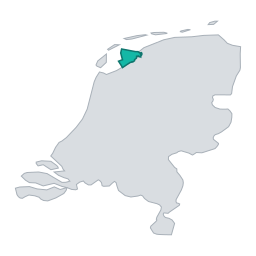 location of Harlingen, Netherlands
{"feature_id": "6326949B40723251176643", "entity_name": "Harlingen", "entity_type": "district", "adm_level": 2, "iso_a3": "NLD", "parent_name": "Netherlands", "parent_adm1": "", "projection": "robinson", "projection_center": [5.441, 53.126], "detail": "fine", "context": "in_parent", "style": "filled", "palette": "teal", "viewbox_px": 256, "rotation_deg": 0, "n_neighbors": 0, "source": "geoboundaries", "source_scale": "gbopen_adm2", "svg_char_len": 4114}
<svg xmlns="http://www.w3.org/2000/svg" viewBox="0 0 256 256"><path d="M171.4,234.8L165.4,234.7L159.7,234.5L156.7,234.2L153.6,233.0L152.1,230.7L150.4,227.9L150.8,226.2L156.1,221.3L156.9,220.0L156.3,219.3L156.9,217.1L160.9,209.9L161.4,207.0L159.6,204.9L157.0,203.7L148.5,201.5L144.5,198.5L142.6,195.9L140.7,195.1L138.0,196.0L130.9,197.0L125.2,195.6L118.5,190.5L117.0,186.1L116.1,182.6L114.5,181.4L112.2,183.2L109.3,186.0L103.7,186.3L102.1,185.7L101.8,184.1L101.5,182.6L99.9,180.8L98.3,179.8L91.1,184.9L88.4,184.9L85.0,182.9L83.4,181.0L79.7,182.1L76.4,184.5L77.5,189.0L75.7,189.8L71.6,189.4L67.0,187.6L61.9,186.4L54.1,183.3L43.2,185.9L35.7,182.9L29.4,182.6L25.5,180.2L21.3,176.1L24.3,173.4L27.2,172.5L38.7,172.0L47.1,173.6L62.0,182.4L65.8,182.3L69.9,181.2L67.9,178.8L64.1,177.7L58.5,175.3L54.1,172.0L64.6,170.9L63.1,169.2L61.8,166.3L50.8,156.0L52.7,153.3L55.6,147.3L59.1,142.4L61.8,141.1L66.4,137.6L76.2,127.3L82.5,119.0L87.2,109.1L94.2,81.8L96.2,77.2L99.5,72.0L103.6,73.0L106.4,74.5L116.5,70.6L133.8,60.5L138.9,51.7L143.9,47.7L163.7,39.8L174.7,37.4L191.6,36.8L203.8,35.4L218.4,34.9L224.0,39.8L227.3,43.3L232.5,45.3L240.6,46.7L240.2,53.7L240.4,67.7L239.9,70.2L236.3,76.0L232.5,86.6L231.6,93.6L230.4,94.9L215.0,94.8L212.8,96.0L212.5,97.6L213.3,99.3L212.9,101.1L211.7,102.6L212.4,104.9L215.1,107.5L220.0,109.1L225.2,109.2L227.9,109.0L229.9,110.8L231.9,113.7L231.8,117.3L231.0,122.2L228.6,126.7L221.5,131.9L218.3,133.7L215.3,134.6L213.9,136.0L213.2,137.7L213.4,139.3L218.5,143.4L218.4,144.4L216.9,146.6L215.0,148.6L201.9,152.8L196.4,152.5L193.3,154.6L192.4,155.0L188.9,153.1L181.2,150.8L178.3,151.6L176.7,152.8L171.9,154.3L168.5,156.6L168.4,159.6L174.6,167.4L176.8,168.9L176.9,171.8L179.9,175.4L182.9,180.0L183.3,182.8L182.9,185.8L181.4,189.9L176.1,199.6L176.0,201.5L176.5,202.9L178.3,203.3L179.7,204.0L179.3,205.3L169.4,212.1L168.1,213.3L163.9,212.9L163.2,214.0L163.8,215.9L165.4,217.5L169.0,218.3L172.1,220.0L174.6,223.4L171.4,234.8ZM67.0,187.6L66.1,190.4L63.8,193.5L55.9,197.9L47.8,200.9L43.6,200.5L40.7,199.0L39.2,197.3L34.8,195.8L28.9,195.0L25.1,196.7L22.4,198.3L20.1,198.0L18.4,196.7L17.0,194.7L15.4,188.2L19.8,187.0L29.5,186.6L37.0,188.9L46.8,189.9L54.3,186.9L60.2,189.5L67.0,187.6ZM50.9,161.3L56.6,165.4L57.8,166.7L58.3,168.1L50.9,169.7L43.2,164.7L38.1,165.9L36.2,163.5L36.2,162.1L41.5,160.8L50.9,161.3ZM106.3,62.4L100.6,67.7L97.0,66.2L96.0,65.0L97.8,60.9L106.4,54.0L106.3,62.4ZM131.9,39.0L126.5,39.6L124.1,38.5L137.1,35.6L145.4,34.7L146.8,35.1L131.9,39.0ZM166.9,33.5L155.5,34.8L151.6,33.8L151.0,33.0L154.1,32.5L163.9,32.3L166.9,33.1L166.9,33.5ZM119.3,44.8L108.6,50.2L107.6,49.3L114.6,44.6L119.3,44.8ZM213.6,24.4L208.2,24.6L209.7,22.6L214.7,21.2L217.4,21.2L213.6,24.4ZM190.4,29.7L182.3,32.2L180.3,31.7L180.8,31.0L187.9,29.4L190.4,29.7Z" fill="#d9dde1" stroke="#a8b0b8" stroke-width="1"/><path d="M122.5,67.6L124.7,66.1L124.8,66.0L125.2,65.8L126.3,65.0L129.7,62.8L129.9,62.6L130.0,62.6L130.3,62.4L130.5,62.4L131.9,62.1L131.8,61.8L132.0,61.7L132.3,61.7L132.4,61.8L132.5,61.9L132.6,62.0L132.8,61.9L133.0,61.9L133.2,61.7L134.6,60.7L134.6,59.6L136.4,58.3L136.6,56.3L136.9,56.4L137.0,56.4L137.3,56.4L137.5,56.2L137.6,56.3L137.8,56.3L138.0,56.2L138.0,56.3L138.2,56.2L138.3,56.2L138.3,56.3L138.3,56.2L138.3,56.3L138.5,56.3L138.7,56.5L138.8,56.5L138.8,56.4L139.1,56.5L139.3,56.5L139.5,56.7L139.8,56.7L139.9,56.8L140.0,56.9L140.1,57.0L140.3,57.0L140.3,56.9L140.4,56.7L140.5,56.7L140.4,56.7L140.5,56.6L140.6,56.4L140.7,56.5L140.7,56.4L140.8,56.3L140.8,56.2L140.9,55.9L141.0,55.9L141.1,55.7L141.3,55.4L141.2,55.4L141.2,55.2L141.3,55.0L141.4,54.9L141.5,54.9L141.7,54.7L141.8,54.6L141.8,54.4L141.4,54.5L141.2,54.5L140.9,54.6L140.9,54.4L141.0,54.3L140.9,54.3L141.1,54.0L141.0,53.9L141.1,53.7L141.2,53.4L141.3,53.4L141.4,53.2L141.5,53.2L141.5,52.9L141.4,52.9L141.5,52.9L141.4,52.7L141.2,52.8L140.8,52.8L140.6,52.8L140.2,52.8L139.9,52.8L139.8,52.7L139.7,52.7L139.7,52.8L139.6,52.7L139.2,52.4L138.9,52.3L138.8,52.2L138.7,52.2L138.4,52.1L138.1,51.6L135.5,51.6L131.1,50.8L128.5,50.3L125.9,49.8L121.6,49.0L120.7,53.0L121.8,57.2L122.5,59.7L118.5,61.2L120.5,64.3L122.5,67.6Z" fill="#14b8a6" stroke="#0f766e" stroke-width="1.5"/></svg>